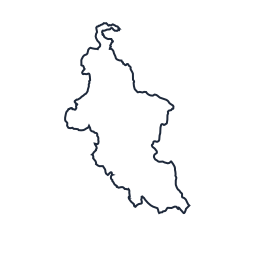 the district of Manandriana, Amoron'i Mania, Madagascar, rotated 147°
{"feature_id": "10022922B47245353926014", "entity_name": "Manandriana", "entity_type": "district", "adm_level": 2, "iso_a3": "MDG", "parent_name": "Madagascar", "parent_adm1": "Amoron'i Mania", "projection": "natural_earth1", "projection_center": [47.016, -20.748], "detail": "fine", "context": "isolated", "style": "outline", "palette": "slate", "viewbox_px": 256, "rotation_deg": 147, "n_neighbors": 0, "source": "geoboundaries", "source_scale": "gbopen_adm2", "svg_char_len": 5863}
<svg xmlns="http://www.w3.org/2000/svg" viewBox="0 0 256 256"><g transform="rotate(147 128 128)"><path d="M177.9,160.7L177.5,160.2L176.5,159.3L174.4,158.4L174.3,157.7L173.9,156.8L172.2,155.6L170.6,154.2L170.5,153.1L168.6,151.6L166.7,150.6L165.4,150.3L162.7,150.3L161.7,150.0L160.9,150.2L159.5,151.1L159.8,148.6L160.5,147.0L160.5,146.3L160.3,145.4L159.8,144.6L158.8,143.7L158.6,142.3L157.2,140.9L157.1,140.4L157.1,139.8L157.4,139.1L157.9,138.6L158.1,138.1L158.0,137.1L158.1,136.4L158.4,135.6L159.5,134.1L160.0,132.8L161.2,131.4L161.7,131.2L162.4,131.1L163.1,131.6L164.4,133.0L164.6,132.4L164.6,130.9L164.8,129.2L165.1,128.3L165.5,127.9L166.6,127.5L166.9,126.8L170.0,126.2L171.4,125.5L172.6,125.3L172.1,124.7L172.2,124.3L172.4,124.0L172.5,123.4L172.9,122.4L173.4,122.1L173.7,121.6L173.3,117.7L173.7,116.3L174.1,115.6L174.5,115.2L173.6,112.8L172.7,111.5L169.8,109.7L169.8,105.7L170.2,104.6L170.8,103.5L171.2,101.9L171.1,101.2L170.5,99.6L169.9,99.6L168.4,100.1L166.9,100.3L166.3,100.1L166.0,99.5L166.8,97.6L166.5,97.2L167.2,97.4L168.1,97.0L169.2,96.0L169.7,95.0L169.8,94.3L169.5,92.8L170.0,92.1L169.8,90.6L170.0,87.9L169.0,85.6L169.4,85.3L169.5,84.7L168.8,84.1L168.6,83.3L168.3,83.0L166.1,82.2L164.8,81.4L164.3,80.7L164.0,79.5L164.0,78.7L162.8,77.9L162.1,77.0L161.6,76.6L160.9,76.7L160.8,76.1L160.9,75.1L161.2,74.4L162.2,73.0L163.7,69.8L164.5,69.9L164.8,69.8L165.2,69.4L164.9,68.6L165.2,68.7L165.6,68.5L165.7,68.1L165.6,65.4L165.4,63.7L164.9,62.7L164.8,61.4L164.5,60.9L165.1,59.8L165.3,59.2L165.2,58.6L164.9,58.2L164.2,58.4L163.6,58.4L163.7,58.1L162.6,58.4L160.6,58.4L157.9,57.4L157.4,57.5L156.6,58.5L155.8,60.9L155.0,61.4L154.0,62.9L153.4,62.8L153.2,62.7L153.1,61.6L152.7,60.8L152.7,58.4L152.1,54.4L151.1,50.9L149.9,48.5L147.0,44.7L147.4,42.8L148.0,41.3L148.2,39.7L146.5,39.4L145.2,38.7L144.1,39.0L142.1,38.2L141.1,38.3L138.9,39.4L138.1,39.4L135.1,37.2L131.9,36.7L130.9,36.1L130.2,35.4L130.3,34.1L130.2,33.1L130.0,32.8L128.8,33.5L128.6,33.1L128.4,30.6L128.2,29.9L127.7,26.4L127.4,26.2L127.1,26.1L126.1,26.5L124.5,27.6L123.4,28.6L118.8,29.6L119.0,30.4L119.1,31.6L118.5,36.5L119.0,38.6L120.2,40.3L120.0,41.1L118.6,43.2L118.5,43.6L118.7,44.8L119.0,45.2L119.0,47.5L119.6,49.3L119.5,51.4L118.9,54.1L118.4,55.1L117.8,56.0L116.5,58.0L115.2,59.2L114.5,60.1L114.4,60.6L114.2,62.2L113.2,63.4L112.1,65.5L111.4,67.3L110.5,68.7L110.0,70.2L109.8,72.9L109.9,75.9L110.1,76.5L112.3,76.2L113.8,76.7L116.1,79.2L117.1,80.9L119.8,82.4L120.5,83.0L121.0,83.8L121.5,85.3L122.2,86.6L122.3,87.6L122.1,89.3L121.9,89.8L121.2,90.6L120.7,91.0L120.0,91.3L117.5,91.4L116.9,92.0L116.7,92.4L116.5,93.5L116.7,94.5L116.7,95.7L117.0,96.9L117.6,98.4L117.7,99.1L117.6,99.9L117.4,100.5L117.1,100.8L115.6,101.1L114.2,102.5L113.6,102.6L112.6,102.2L111.6,101.0L110.9,100.5L109.9,100.4L109.1,100.5L108.2,101.1L105.6,104.5L103.8,106.1L100.5,110.7L98.6,112.5L97.9,112.8L97.3,112.7L96.7,112.2L96.4,111.2L95.5,110.7L94.5,110.9L93.6,110.7L93.0,110.8L92.6,111.1L90.5,113.5L87.9,117.3L86.4,118.4L85.7,119.9L85.3,120.1L84.2,120.3L82.1,119.5L80.5,120.0L79.8,119.6L79.4,119.7L78.1,121.4L78.1,122.5L79.2,124.9L79.7,126.4L79.7,128.6L80.2,130.1L80.7,131.0L84.0,135.2L84.8,136.3L85.7,139.1L86.2,140.2L86.9,141.0L87.6,141.6L89.4,141.6L89.8,141.8L91.2,142.9L92.0,143.9L92.7,145.2L93.2,146.9L93.2,148.3L93.6,148.6L94.8,149.5L96.5,149.9L98.5,151.9L100.3,152.6L100.5,153.0L101.1,156.5L101.1,157.2L100.2,159.9L98.7,162.8L97.8,163.3L97.6,163.7L97.4,164.5L97.5,165.7L97.3,166.1L94.3,170.9L94.0,172.5L93.8,175.7L93.5,176.5L92.9,177.1L92.7,177.8L92.9,178.7L93.3,179.6L93.2,181.4L93.4,181.8L94.2,182.2L95.2,181.9L95.8,182.0L96.2,182.5L96.5,183.9L97.0,184.5L96.5,185.8L96.9,186.4L96.9,187.4L96.7,188.1L98.3,189.3L99.3,190.6L100.0,191.8L100.1,192.2L100.1,193.4L99.6,194.8L99.1,198.3L98.4,200.3L98.4,201.1L98.5,202.4L99.0,203.9L99.2,204.1L99.9,204.0L100.2,204.2L99.6,204.9L98.0,205.7L98.1,206.4L98.1,206.7L97.3,207.3L96.6,207.5L95.7,208.3L93.6,208.7L93.4,209.1L93.9,209.6L93.9,209.9L93.5,210.8L93.5,211.7L94.9,212.7L96.2,213.4L97.2,214.8L98.1,216.8L98.3,217.5L98.2,218.0L97.9,218.8L97.9,219.3L98.5,219.8L98.5,220.3L97.7,220.8L97.8,221.9L97.6,222.4L97.1,223.0L96.4,223.4L96.0,223.4L95.5,222.8L94.2,222.3L92.1,222.0L89.7,220.7L89.2,220.6L88.2,221.0L87.6,220.9L87.0,220.5L86.8,219.9L86.6,218.1L86.4,217.8L86.1,216.8L85.0,216.1L84.3,215.4L83.6,215.5L83.1,215.5L82.2,214.9L81.9,215.1L81.8,216.8L81.5,217.0L81.2,216.7L81.5,218.8L82.7,220.1L83.1,221.2L84.3,223.2L85.2,223.3L86.1,223.1L86.7,223.6L87.2,224.3L88.1,224.3L88.6,224.5L88.9,226.7L89.2,227.8L90.1,228.1L91.2,229.1L92.8,228.8L94.9,229.3L96.3,229.2L96.9,229.7L98.0,229.5L98.7,229.9L99.7,229.6L100.1,229.3L101.7,225.3L103.5,224.3L105.2,222.5L105.8,220.7L106.1,217.9L105.6,215.3L105.8,213.2L106.8,211.9L107.9,211.5L109.3,211.4L110.4,210.6L111.6,211.8L112.4,212.2L114.4,214.1L115.8,215.7L116.8,215.8L117.7,215.6L118.6,215.3L121.5,212.6L122.7,212.3L125.0,212.8L126.8,212.4L129.6,210.8L130.4,210.0L132.0,207.4L132.9,206.2L132.8,205.7L132.0,204.9L131.8,204.5L131.8,203.7L132.3,201.9L132.2,201.2L132.6,200.9L134.5,200.5L135.8,199.8L136.3,199.4L136.5,198.5L136.4,197.8L136.1,197.5L135.3,197.3L133.7,195.9L133.0,195.5L131.8,195.3L131.4,195.1L131.1,194.7L131.2,193.7L132.0,191.9L133.7,188.8L133.9,188.6L134.9,188.5L135.1,188.4L135.8,186.8L137.1,186.0L138.2,184.2L140.5,182.3L141.9,180.8L144.4,179.7L146.1,179.8L147.8,179.5L149.7,179.5L151.9,179.1L154.8,179.2L155.6,179.8L157.9,179.6L158.4,179.1L158.5,178.8L158.2,177.7L158.6,176.8L158.6,176.5L158.4,176.3L157.8,176.0L157.7,175.5L158.2,175.2L158.7,175.4L159.2,175.1L160.0,174.1L160.3,173.1L160.6,172.8L162.1,172.1L162.6,172.3L163.6,173.6L164.2,173.9L164.4,174.1L164.2,174.8L164.2,175.2L164.9,175.8L165.8,175.8L166.4,176.1L166.9,176.0L167.0,175.9L167.6,176.3L169.3,175.4L170.5,175.2L171.9,174.2L173.2,172.9L175.1,170.9L176.3,169.1L176.6,168.2L176.2,166.0L176.2,165.2L177.8,163.1L177.9,160.7Z" fill="none" stroke="#1e293b" stroke-width="2"/></g></svg>